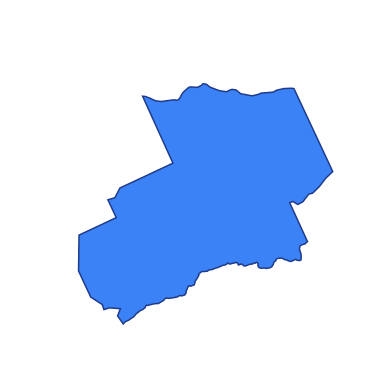 the district of Adams, Idaho, United States of America, rotated 65°
{"feature_id": "52423323B12250244819251", "entity_name": "Adams", "entity_type": "district", "adm_level": 2, "iso_a3": "USA", "parent_name": "United States of America", "parent_adm1": "Idaho", "projection": "robinson", "projection_center": [-116.339, 44.856], "detail": "fine", "context": "isolated", "style": "filled", "palette": "blue", "viewbox_px": 384, "rotation_deg": 65, "n_neighbors": 0, "source": "geoboundaries", "source_scale": "gbopen_adm2", "svg_char_len": 2616}
<svg xmlns="http://www.w3.org/2000/svg" viewBox="0 0 384 384"><g transform="rotate(65 192 192)"><path d="M285.7,108.3L243.0,108.0L243.2,104.6L248.0,101.4L247.7,95.6L243.3,87.2L244.0,83.1L240.9,74.3L236.1,65.1L232.9,55.8L141.5,55.9L140.4,57.2L139.1,60.1L137.1,65.0L135.6,71.7L135.5,72.4L135.8,75.6L135.5,77.1L131.6,87.4L131.6,90.2L130.4,96.3L130.1,97.0L129.7,97.7L123.5,106.3L118.1,109.0L116.0,112.2L115.8,112.9L115.6,114.7L115.7,118.0L115.7,118.4L112.1,123.9L109.1,127.0L104.7,131.2L103.3,132.0L100.3,133.5L98.6,136.2L98.5,136.5L99.1,137.6L99.4,138.6L99.4,143.2L99.0,143.7L96.2,148.8L95.8,150.7L97.6,157.0L97.8,157.5L98.9,159.7L101.8,163.4L102.7,165.9L102.7,166.4L102.3,167.2L101.0,169.0L100.0,171.9L99.0,175.1L97.8,179.0L97.3,181.0L96.0,183.2L93.8,186.6L89.0,190.7L85.6,194.0L84.3,196.3L157.8,197.1L157.9,255.6L164.6,264.3L163.5,271.5L183.2,271.5L183.3,312.6L215.6,328.2L244.4,328.2L256.1,320.9L261.4,321.5L262.0,316.0L267.5,306.2L272.8,311.8L282.5,310.1L282.1,309.5L281.3,306.5L281.5,304.2L280.9,300.6L280.4,297.4L278.9,294.3L278.2,291.3L277.6,288.7L277.7,286.4L277.0,283.4L275.8,282.2L275.3,281.1L276.1,280.2L276.5,277.7L277.0,275.0L277.8,272.0L278.9,269.7L278.6,267.5L278.3,263.6L277.0,260.8L278.6,257.9L279.8,254.1L280.9,249.6L280.8,248.1L280.7,247.1L280.9,246.4L281.8,245.2L282.3,242.3L281.0,240.0L279.9,239.5L279.6,239.5L279.2,239.3L279.1,238.9L278.7,238.4L278.4,237.9L277.6,237.2L276.9,236.5L276.6,236.1L276.4,235.6L275.6,235.0L276.0,233.9L276.8,233.2L277.1,229.2L274.2,226.7L272.8,224.4L271.2,222.1L270.4,221.0L269.1,220.4L268.7,218.7L268.2,216.8L268.8,215.4L269.4,214.3L269.6,213.4L269.9,212.5L270.3,211.4L270.1,210.7L269.9,209.8L270.1,208.6L270.6,207.3L270.7,206.4L270.9,205.4L270.9,203.3L271.2,201.8L271.4,199.1L271.5,196.9L271.4,195.4L271.8,193.9L272.1,193.3L272.0,191.8L271.9,190.5L271.6,189.6L272.1,188.8L273.0,188.6L273.5,187.5L273.7,185.6L274.2,183.7L274.6,181.5L275.5,180.9L276.6,180.6L277.2,180.9L277.8,180.7L277.9,180.1L278.1,177.5L280.0,176.6L280.8,176.2L281.3,175.8L281.5,174.8L281.8,172.7L281.8,170.7L282.3,169.1L282.9,167.3L282.4,166.1L283.3,164.6L283.0,163.3L283.6,162.5L285.3,162.6L286.5,163.4L288.8,163.3L290.4,161.4L291.4,158.6L292.7,156.9L293.3,154.3L293.7,153.1L293.4,151.0L292.5,150.0L292.2,149.1L291.0,148.1L290.2,147.4L289.7,145.1L288.6,144.0L288.3,142.9L289.0,140.3L290.2,138.1L292.3,136.7L293.7,134.8L295.0,133.9L296.7,131.9L296.9,129.3L296.8,127.8L296.8,126.6L298.0,125.9L299.0,124.4L299.6,123.6L299.7,122.2L298.5,121.2L294.4,119.4L289.8,118.9L288.0,118.1L286.5,116.7L286.3,114.6L286.8,111.5L285.7,108.5L285.7,108.3Z" fill="#3b82f6" stroke="#1e3a8a" stroke-width="1.5"/></g></svg>